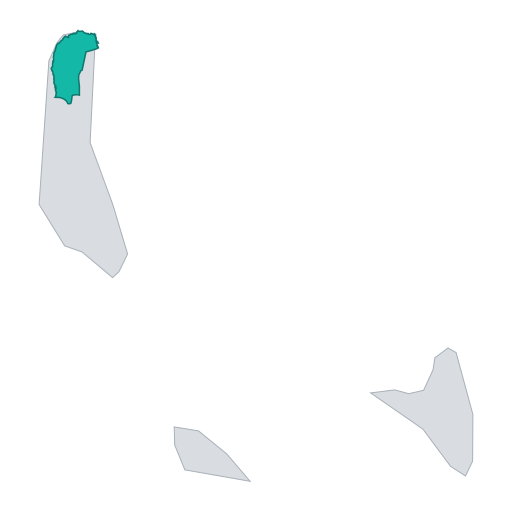 Mitsamiouli-Mboudé, Andjazîdja, Comoros shown in context
{"feature_id": "10938185B67203865227918", "entity_name": "Mitsamiouli-Mboudé", "entity_type": "district", "adm_level": 2, "iso_a3": "COM", "parent_name": "Comoros", "parent_adm1": "Andjazîdja", "projection": "equal_earth", "projection_center": [43.317, -11.447], "detail": "fine", "context": "in_parent", "style": "filled", "palette": "teal", "viewbox_px": 512, "rotation_deg": 0, "n_neighbors": 0, "source": "geoboundaries", "source_scale": "gbopen_adm2", "svg_char_len": 4689}
<svg xmlns="http://www.w3.org/2000/svg" viewBox="0 0 512 512"><path d="M119.0,271.6L112.6,277.6L82.1,252.0L64.7,245.9L39.1,204.5L48.9,60.8L57.2,42.4L63.3,34.9L77.5,32.2L94.7,50.2L90.1,142.6L112.9,204.8L127.6,254.0L119.0,271.6ZM456.1,352.6L472.9,414.5L472.6,461.2L465.5,476.0L450.6,466.4L423.0,429.2L370.6,392.9L394.7,389.9L408.7,393.7L423.6,390.3L433.0,369.9L434.9,357.7L448.0,348.0L456.1,352.6ZM226.6,453.8L250.1,481.3L184.9,469.9L174.7,445.1L174.2,426.9L198.5,430.9L226.6,453.8Z" fill="#d9dde1" stroke="#a8b0b8" stroke-width="1"/><path d="M98.4,47.8L98.2,47.3L98.2,47.1L97.9,46.9L97.5,46.8L97.5,46.5L97.7,46.2L97.6,45.9L97.3,45.9L97.2,46.1L97.0,45.9L96.9,45.5L97.0,45.0L97.0,44.8L97.1,44.7L97.0,44.0L97.0,43.7L97.2,43.0L97.5,42.8L98.2,43.0L98.1,42.8L97.8,42.2L97.7,41.8L97.1,42.2L96.8,42.5L96.7,43.0L96.4,42.6L96.3,42.3L96.2,41.9L96.4,41.7L96.6,41.9L96.6,41.6L96.4,41.5L96.3,41.4L96.4,41.2L96.4,40.8L96.5,40.7L96.4,40.6L96.1,40.7L96.0,40.4L96.1,39.8L96.1,39.7L96.2,39.4L96.1,39.0L96.0,38.9L96.1,38.6L96.1,38.3L95.9,38.4L95.8,38.2L96.0,38.1L95.9,38.0L95.9,37.9L95.9,37.7L95.6,37.5L95.7,37.4L95.8,37.3L95.7,37.1L95.7,36.9L95.7,36.4L95.6,36.1L95.3,36.1L95.3,35.7L95.2,35.6L95.2,35.4L94.9,35.4L94.8,35.2L95.0,35.0L94.7,35.0L94.7,34.8L94.7,34.7L94.5,34.9L94.4,34.6L94.3,34.9L94.2,34.8L94.3,34.6L94.2,34.6L94.1,34.8L93.9,34.7L93.7,34.5L93.2,34.1L93.0,34.3L92.9,34.2L92.9,33.9L92.4,34.0L92.2,33.8L91.6,33.6L91.0,33.3L90.8,33.5L90.9,33.9L90.8,34.1L90.6,34.2L89.9,34.3L89.7,34.4L89.3,34.4L88.9,34.4L88.7,34.3L88.6,34.2L88.4,33.7L88.2,33.8L88.1,33.7L87.7,33.5L87.0,33.9L86.5,33.4L86.0,33.2L85.6,33.2L85.1,33.0L84.9,33.0L84.4,32.7L84.2,32.8L83.7,32.4L83.5,31.9L83.3,31.7L82.3,31.0L82.0,31.2L81.7,31.2L81.0,31.3L80.2,31.3L79.6,31.4L79.1,31.3L78.9,31.2L78.3,31.3L78.0,31.0L77.9,30.7L77.6,31.0L77.5,31.3L77.2,31.6L77.1,31.8L76.8,32.0L76.8,32.4L76.7,32.6L76.6,33.1L76.3,33.3L76.0,33.5L75.6,33.6L75.5,33.3L75.1,33.2L74.5,33.6L74.3,33.7L74.0,33.6L73.6,33.3L73.1,33.5L72.8,34.2L72.6,34.4L72.4,34.4L72.0,34.1L71.4,34.1L70.7,34.5L70.3,34.7L69.9,35.0L69.2,34.9L68.9,35.4L68.3,36.0L68.3,36.5L68.7,37.1L68.5,37.5L68.3,37.6L68.1,37.6L67.9,37.2L67.7,37.3L67.2,37.0L66.7,37.0L66.2,36.6L65.9,36.6L65.6,36.2L65.0,36.8L64.9,36.8L64.6,36.6L64.3,36.9L64.2,37.3L63.8,37.6L63.7,37.8L63.4,38.2L63.3,38.6L62.8,38.8L62.6,39.5L62.3,40.1L61.5,40.4L61.1,40.7L60.7,41.2L60.2,41.6L60.0,42.2L59.7,42.5L59.1,43.2L58.9,43.2L58.6,43.0L58.3,43.0L57.9,43.7L57.3,44.5L56.8,44.7L56.6,45.0L56.5,45.5L56.3,45.8L56.3,46.2L56.3,46.3L56.3,46.9L56.0,47.3L56.0,47.5L55.8,47.7L55.7,47.8L55.8,48.0L55.6,48.3L55.6,48.7L55.4,49.0L55.5,49.1L55.5,49.5L55.4,49.9L55.3,50.0L55.2,50.2L55.2,50.4L55.0,50.5L55.0,50.8L55.1,51.1L54.8,51.3L54.5,51.8L54.3,52.1L54.1,52.5L53.9,52.8L54.0,53.0L53.9,53.1L54.0,53.3L53.9,53.5L53.9,53.9L53.9,54.0L53.9,54.9L53.7,55.1L53.7,55.3L53.7,55.6L53.7,55.9L53.5,56.1L53.6,56.4L53.5,56.8L53.5,57.2L53.4,57.2L53.4,57.6L53.5,58.2L53.5,58.6L53.6,59.1L53.7,59.3L53.7,60.1L53.5,60.3L53.5,60.5L53.1,60.7L53.0,60.9L53.0,61.0L53.0,61.4L53.1,61.5L52.9,61.5L52.9,61.9L52.8,62.0L52.7,62.2L52.8,62.9L52.6,63.5L52.6,64.1L52.5,64.8L52.6,65.6L52.6,65.8L52.7,66.2L52.6,66.8L52.5,67.0L52.2,67.1L51.9,67.1L51.7,67.4L51.6,67.5L51.4,68.1L51.5,68.2L51.2,68.7L51.4,68.9L51.6,69.5L51.7,69.4L51.6,69.6L51.6,69.8L51.8,69.8L51.9,70.0L52.0,70.1L52.1,70.8L52.4,70.8L52.5,71.1L52.5,71.4L52.7,71.6L52.7,71.8L52.8,72.0L52.9,72.6L52.9,72.8L53.0,73.0L53.1,73.3L53.0,73.9L53.1,74.0L53.1,74.3L53.0,74.5L53.4,74.9L53.5,74.9L53.6,75.3L53.6,75.5L54.0,76.0L53.9,76.2L53.9,76.4L54.1,76.5L53.9,76.9L53.9,77.5L54.0,78.1L53.9,78.2L53.8,78.4L53.9,78.5L54.0,79.0L53.9,79.4L54.1,79.4L54.1,79.6L54.1,79.8L54.1,80.1L54.2,80.4L54.2,80.7L54.1,80.9L54.0,81.1L54.0,81.3L53.9,81.6L53.8,82.2L54.1,82.9L54.2,83.0L54.1,83.3L54.1,83.5L54.3,83.6L54.2,83.8L54.3,83.9L54.4,84.1L54.5,84.2L54.5,84.3L54.6,84.7L54.7,84.9L55.0,85.2L55.0,85.6L55.0,85.8L55.0,86.0L55.1,85.9L55.2,86.3L55.4,86.5L55.5,86.5L55.4,86.6L55.6,86.8L55.6,87.0L55.4,87.4L55.5,87.4L55.7,87.5L55.6,87.9L55.8,87.9L55.8,88.1L55.9,88.3L55.8,88.2L55.8,88.4L55.7,88.5L55.6,88.8L55.4,88.9L55.6,88.9L55.5,89.0L55.6,89.3L55.5,89.6L55.4,89.6L55.4,90.0L55.6,90.1L55.7,90.4L55.7,90.5L55.8,90.6L55.9,91.2L56.0,91.6L56.0,91.8L56.2,92.1L56.1,92.3L56.3,92.6L56.1,92.8L56.2,93.2L56.1,93.6L56.1,93.8L56.1,94.2L56.1,94.3L56.0,94.8L55.9,94.9L55.9,95.1L55.8,95.7L55.8,96.0L55.7,96.1L55.7,96.4L55.6,96.5L55.6,96.9L55.4,97.1L55.2,97.3L59.4,97.5L60.5,97.7L63.5,98.8L66.0,100.6L67.2,102.2L67.8,103.5L68.4,103.8L70.5,103.6L70.9,103.2L71.5,100.7L72.2,95.6L72.6,95.2L74.8,94.9L77.5,94.7L79.4,95.2L79.4,86.1L78.6,79.1L78.7,75.2L80.9,70.6L82.1,70.2L86.0,51.9L91.8,50.3L97.1,48.6L98.4,47.8Z" fill="#14b8a6" stroke="#0f766e" stroke-width="1.5"/></svg>